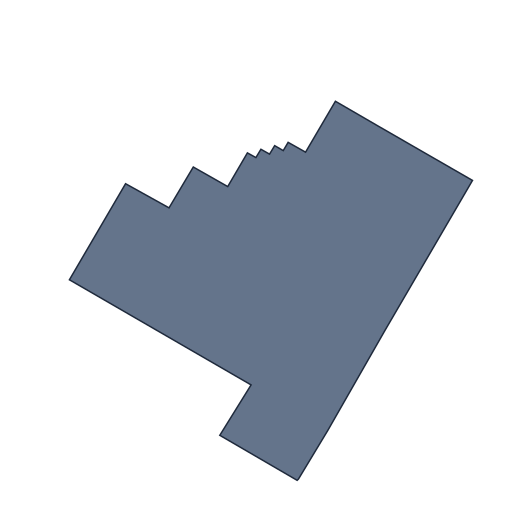 Shelby, Illinois, United States of America (Equal Earth projection), rotated 300°
{"feature_id": "52423323B22684777777250", "entity_name": "Shelby", "entity_type": "district", "adm_level": 2, "iso_a3": "USA", "parent_name": "United States of America", "parent_adm1": "Illinois", "projection": "equal_earth", "projection_center": [-88.76, 39.435], "detail": "fine", "context": "isolated", "style": "filled", "palette": "slate", "viewbox_px": 512, "rotation_deg": 300, "n_neighbors": 0, "source": "geoboundaries", "source_scale": "gbopen_adm2", "svg_char_len": 444}
<svg xmlns="http://www.w3.org/2000/svg" viewBox="0 0 512 512"><g transform="rotate(300 256 256)"><path d="M253.4,106.9L142.1,106.3L141.9,316.2L82.6,314.3L82.3,403.8L84.1,404.3L140.8,405.4L256.1,404.9L429.7,405.7L429.6,296.9L429.7,247.4L370.7,247.0L370.5,227.0L360.9,226.9L360.9,217.0L351.0,216.8L350.9,206.9L341.2,206.7L341.0,197.0L302.0,196.8L301.7,157.2L254.2,156.6L253.4,106.9Z" fill="#64748b" stroke="#1e293b" stroke-width="1.5"/></g></svg>